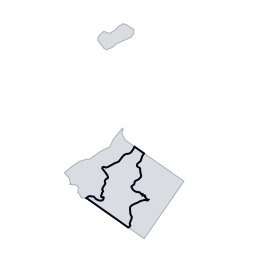 Centro Sur highlighted on a map of Equatorial Guinea, rotated 35°
{"feature_id": "GNQ-1468", "entity_name": "Centro Sur", "entity_type": "Province", "adm_level": 1, "iso_a3": "GNQ", "parent_name": "Equatorial Guinea", "parent_adm1": "", "projection": "robinson", "projection_center": [10.435, 1.583], "detail": "fine", "context": "in_parent", "style": "outline", "palette": "ink", "viewbox_px": 256, "rotation_deg": 35, "n_neighbors": 0, "source": "natural_earth", "source_scale": "10m", "svg_char_len": 3116}
<svg xmlns="http://www.w3.org/2000/svg" viewBox="0 0 256 256"><g transform="rotate(35 128 128)"><path d="M204.3,139.5L204.4,153.4L204.5,165.1L204.5,177.8L204.6,191.0L204.7,202.2L204.7,209.4L193.9,209.4L179.5,209.3L165.1,209.3L150.7,209.2L143.5,209.2L135.6,209.2L133.0,209.6L131.2,211.4L129.1,211.8L126.7,210.2L123.7,209.5L122.9,207.9L121.4,204.9L118.4,204.6L116.9,204.9L114.8,206.6L112.4,207.5L112.9,206.2L108.1,202.5L104.7,202.2L101.6,201.1L104.1,191.7L107.3,183.3L112.1,177.1L114.6,175.5L115.4,172.4L119.2,162.2L123.9,153.9L122.4,145.4L123.5,131.3L124.9,131.7L125.1,133.0L125.4,135.0L127.2,136.7L133.0,139.5L150.3,139.5L160.6,139.5L175.9,139.5L192.1,139.5L204.3,139.5ZM67.3,44.2L68.6,44.4L76.5,44.2L78.6,47.4L78.4,52.0L70.2,65.6L68.7,71.4L65.6,76.2L62.8,76.6L53.4,73.8L51.9,72.0L51.3,69.7L52.2,64.3L52.9,62.6L57.4,61.6L58.9,60.7L61.3,54.9L62.1,49.6L64.1,45.5L67.3,44.2Z" fill="#d9dde1" stroke="#a8b0b8" stroke-width="1"/><path d="M144.1,139.6L155.7,139.6L155.8,142.6L156.3,144.5L157.1,147.1L157.2,147.9L157.1,148.7L156.7,149.9L156.5,150.7L156.3,152.1L156.4,152.9L156.7,153.4L156.8,153.5L157.4,154.1L157.9,154.2L160.2,154.0L161.1,154.2L161.4,154.6L162.8,156.5L166.3,159.7L166.6,160.7L166.5,162.1L166.2,163.5L165.9,164.6L164.5,166.9L164.3,167.7L164.4,168.5L165.1,169.7L165.3,170.3L165.0,172.0L164.4,173.3L164.5,174.2L166.2,175.2L167.9,175.7L169.3,175.9L170.7,175.7L172.2,175.2L174.0,174.2L174.6,174.0L175.1,174.1L176.0,174.4L176.5,174.5L177.0,174.2L177.5,173.8L177.8,173.7L178.5,175.1L178.9,174.9L179.6,174.1L180.0,173.9L180.4,173.6L180.7,173.5L181.1,173.7L181.2,173.9L181.3,174.6L181.5,174.8L182.3,175.0L185.0,175.5L185.4,175.4L185.9,175.1L185.9,175.4L185.6,176.1L185.1,176.4L183.2,177.2L182.6,177.7L180.2,180.6L179.8,181.3L179.0,183.0L176.9,186.4L175.9,188.2L175.2,190.1L175.1,190.8L175.2,191.6L175.6,192.5L179.0,196.8L179.7,197.4L181.9,198.5L182.5,199.3L183.0,200.5L183.9,204.5L184.4,205.5L184.8,205.8L185.2,206.1L185.6,206.4L185.9,206.8L185.9,207.5L185.9,208.0L185.1,209.2L185.1,209.4L173.1,209.3L157.2,209.3L156.0,209.3L141.4,209.2L135.6,209.2L134.1,209.4L134.4,208.1L134.9,206.9L135.2,206.4L135.5,206.0L135.8,205.8L137.0,205.0L138.3,204.4L138.5,204.3L139.2,204.0L139.7,203.9L140.2,204.0L141.2,204.3L141.9,204.5L142.7,204.5L143.7,204.4L145.7,204.0L146.5,203.6L147.3,203.2L148.0,202.6L148.5,201.8L148.7,201.1L148.6,200.3L148.4,199.6L148.1,199.0L147.7,198.7L147.4,198.8L147.0,199.1L146.7,199.6L146.2,199.8L145.7,199.7L145.1,199.4L144.8,198.9L144.5,197.4L144.4,196.9L144.1,196.5L143.9,196.0L143.9,195.2L143.9,194.5L143.8,193.9L143.5,193.6L142.9,193.6L142.4,193.4L142.0,193.0L141.7,191.8L141.5,190.8L141.4,186.9L141.2,186.3L140.1,185.6L139.6,185.1L139.3,184.2L139.2,183.4L139.3,182.7L139.8,181.3L140.2,180.6L140.1,180.3L140.0,180.0L139.0,179.1L137.5,178.3L134.1,177.1L130.3,176.0L130.0,175.7L129.8,175.4L129.7,174.8L130.0,174.2L130.5,173.7L131.4,173.4L132.4,173.1L133.1,172.6L134.1,171.0L137.3,164.5L139.2,161.6L139.7,160.5L140.0,154.0L140.2,152.9L140.5,152.0L141.1,150.8L141.6,150.2L143.6,148.2L144.0,147.6L144.2,146.8L144.5,145.8L144.5,142.9L144.1,139.6Z" fill="none" stroke="#020617" stroke-width="2"/></g></svg>